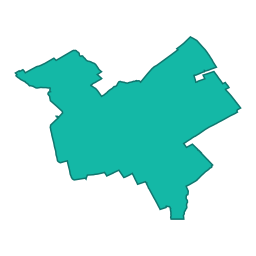 Avrameni, Botosani, Romania
{"feature_id": "2599482B7109590072975", "entity_name": "Avrameni", "entity_type": "district", "adm_level": 2, "iso_a3": "ROU", "parent_name": "Romania", "parent_adm1": "Botosani", "projection": "natural_earth1", "projection_center": [26.952, 48.014], "detail": "fine", "context": "isolated", "style": "filled", "palette": "teal", "viewbox_px": 256, "rotation_deg": 0, "n_neighbors": 0, "source": "geoboundaries", "source_scale": "gbopen_adm2", "svg_char_len": 5524}
<svg xmlns="http://www.w3.org/2000/svg" viewBox="0 0 256 256"><path d="M183.8,219.1L183.7,217.7L183.4,215.5L184.0,214.4L184.3,213.5L184.3,213.1L184.2,212.5L184.2,212.3L184.3,212.0L185.1,210.8L186.0,208.9L186.6,208.2L186.7,207.9L186.8,207.6L186.8,207.2L186.7,206.3L186.5,205.2L186.6,204.7L186.6,204.1L186.8,203.3L187.4,202.5L187.5,202.2L187.4,201.1L187.4,200.6L186.9,199.7L186.5,199.3L186.4,199.0L186.2,198.7L186.1,198.3L186.1,198.1L186.3,195.8L186.6,195.1L187.7,194.8L187.9,194.4L188.0,194.1L188.1,192.8L188.2,191.6L188.2,191.2L188.1,190.7L187.8,190.2L187.5,189.4L187.2,188.7L186.8,188.0L186.4,186.7L186.2,186.2L189.3,184.7L195.5,181.1L197.0,180.1L197.0,179.9L199.2,177.8L200.2,176.7L201.6,175.3L202.4,174.6L203.3,173.8L205.8,171.4L206.1,171.3L208.7,169.4L209.1,169.0L209.6,168.2L210.6,167.9L211.7,167.1L211.8,166.9L211.9,166.7L211.6,166.2L211.5,165.8L212.6,165.0L208.4,160.6L208.1,160.2L207.4,159.6L200.7,152.6L201.0,152.5L198.8,150.3L198.4,150.5L197.9,150.0L198.0,149.8L197.7,149.3L192.4,144.2L186.5,147.4L183.7,143.5L184.5,143.0L186.0,142.1L186.7,141.5L191.0,138.8L192.6,137.6L193.5,137.1L194.2,136.6L195.1,136.3L195.9,135.8L199.6,133.4L205.0,129.6L209.3,127.0L213.8,124.8L215.0,124.1L216.6,123.4L217.4,122.8L223.5,119.6L230.5,115.7L234.5,113.8L237.4,112.1L237.0,111.5L236.9,111.1L236.9,110.9L237.5,109.7L240.6,108.0L238.0,104.6L237.1,103.6L237.0,103.3L236.7,102.9L235.5,101.5L235.2,101.0L231.1,95.8L228.4,92.7L226.1,90.3L225.5,89.3L229.0,87.6L227.7,85.5L226.3,84.0L225.3,82.5L222.7,83.7L220.3,80.2L218.9,78.5L217.1,75.8L215.2,73.3L213.9,71.5L207.2,73.8L203.1,75.1L203.4,75.8L203.6,76.3L204.0,77.0L204.3,77.4L204.5,78.3L204.8,78.8L200.4,80.4L198.6,81.0L197.7,81.4L197.4,81.8L197.2,81.9L195.8,82.2L195.8,81.9L195.2,79.6L194.6,77.8L194.0,75.4L195.1,75.1L195.7,75.2L197.1,74.6L199.5,73.6L203.1,72.0L203.8,71.9L204.1,71.9L204.3,71.7L204.6,71.1L204.4,70.4L204.5,70.4L204.6,70.5L204.9,70.9L205.3,71.1L208.9,70.0L210.5,69.3L216.4,67.2L213.1,62.0L212.7,61.3L212.3,60.3L210.0,56.8L209.2,55.4L208.0,53.8L207.6,53.1L206.6,51.7L206.3,51.3L205.1,49.7L202.3,46.7L198.4,42.3L196.8,40.5L196.6,40.4L193.4,38.5L191.2,37.4L190.4,36.9L183.9,43.2L180.3,46.1L176.8,48.7L177.9,49.8L171.4,54.7L156.6,65.5L154.1,66.8L154.0,67.0L152.1,68.6L147.7,73.6L140.6,82.2L139.7,81.1L138.9,80.8L137.6,80.8L136.8,81.1L136.3,80.6L135.0,81.2L134.3,81.4L133.5,81.3L131.7,82.0L129.5,82.4L127.3,83.2L126.1,82.9L125.6,82.9L124.3,82.3L123.9,82.4L123.7,82.2L122.8,82.2L122.5,82.0L121.5,82.0L121.2,81.8L120.2,81.4L118.9,81.8L117.9,83.2L117.1,84.7L116.8,85.4L116.2,86.0L114.9,86.6L114.2,86.5L113.2,87.4L112.3,88.4L111.1,89.1L109.3,90.3L108.6,91.0L107.7,91.7L106.6,93.0L105.7,93.5L105.2,94.0L103.8,95.1L102.5,95.8L101.6,96.4L101.1,95.7L97.4,90.5L95.6,88.5L94.5,87.9L93.4,87.2L92.3,86.3L91.1,85.8L90.8,85.3L91.0,85.0L92.2,84.3L92.4,83.9L92.7,83.7L93.6,83.2L94.5,82.8L95.5,82.3L97.2,81.2L101.0,79.1L101.7,78.5L97.3,74.5L99.0,73.4L101.5,71.7L99.5,70.0L98.8,69.3L98.0,67.9L97.7,67.5L96.3,65.4L95.6,64.4L94.3,63.4L91.9,62.5L91.4,62.1L89.5,61.4L88.8,61.3L87.5,61.0L87.2,60.8L86.9,60.6L86.0,59.9L85.4,59.2L85.0,58.5L84.1,57.8L83.1,56.7L82.8,56.2L82.6,56.0L81.7,55.9L81.3,56.0L81.0,56.3L80.7,56.3L80.3,56.1L79.8,55.7L79.4,55.0L79.2,53.5L78.5,52.4L78.2,52.4L77.8,52.1L77.3,51.8L76.2,50.7L75.5,50.4L74.7,50.5L73.5,50.4L72.2,51.0L56.1,60.4L53.9,58.2L44.4,63.7L43.8,63.9L43.4,64.1L41.6,65.0L41.4,65.1L41.1,65.4L40.5,65.4L39.4,66.0L37.5,66.4L36.5,66.7L35.6,67.2L31.1,69.6L25.8,72.5L25.3,72.8L24.0,70.9L22.9,69.7L19.7,71.4L19.2,70.8L15.4,73.0L16.9,74.7L16.0,75.7L16.0,75.8L16.2,76.0L17.8,77.4L19.1,78.2L20.7,79.5L24.2,81.3L25.3,81.7L25.3,81.9L25.3,82.1L25.9,82.6L27.8,83.9L29.2,85.5L29.5,85.8L30.1,85.7L30.5,85.7L32.4,86.1L33.1,86.4L33.3,86.4L33.3,86.5L36.0,87.9L37.2,88.0L40.9,87.4L43.0,87.6L46.1,87.6L48.4,88.0L49.0,88.0L49.6,87.8L50.0,87.9L50.2,88.2L50.2,88.7L50.1,89.2L49.9,89.8L49.9,90.6L50.0,91.3L50.4,91.7L49.4,92.0L48.8,92.0L48.7,92.1L48.2,92.9L48.0,93.6L48.0,94.1L48.1,94.4L49.2,95.7L49.5,96.1L49.6,96.4L49.8,97.4L50.0,98.7L50.2,99.5L50.4,100.7L56.6,106.1L62.0,111.1L62.3,111.5L62.4,112.1L62.6,113.0L61.9,113.7L58.9,117.0L57.7,116.4L57.3,116.5L57.0,116.3L56.7,116.3L57.0,116.6L56.6,116.8L58.2,118.0L55.8,120.1L50.6,125.1L50.6,125.4L50.6,125.9L50.3,127.1L50.3,127.8L50.5,128.0L50.8,130.3L51.7,133.8L51.9,135.3L52.2,136.5L53.8,142.8L54.5,146.7L55.5,150.3L55.8,151.6L56.1,154.9L56.3,155.5L56.9,157.4L57.5,160.7L57.9,161.2L58.3,161.6L59.0,162.1L60.2,162.7L60.6,162.7L64.2,161.6L67.3,160.9L67.3,161.0L68.2,164.9L69.7,170.8L70.2,174.1L70.7,175.4L71.2,176.5L71.3,177.0L71.4,177.3L71.6,177.7L72.0,178.2L72.3,178.8L72.5,179.0L73.0,179.3L73.9,179.8L74.3,179.9L85.8,178.1L85.9,179.0L86.0,179.1L86.1,178.6L86.3,177.8L87.4,175.1L93.2,174.7L94.1,174.6L94.5,174.4L98.0,174.0L99.6,173.6L103.5,172.7L104.5,172.4L105.1,173.4L105.4,173.7L106.8,176.0L107.3,175.7L112.8,173.2L112.7,173.1L118.9,170.2L123.8,177.5L124.8,177.2L127.4,176.0L129.6,174.9L132.3,173.4L132.7,174.3L133.4,175.5L135.5,180.0L136.5,181.8L137.6,184.3L145.4,181.7L145.9,182.6L146.1,182.8L146.8,183.0L146.6,183.8L146.6,184.0L147.0,184.6L148.3,187.2L148.3,187.7L148.4,187.9L149.2,189.0L149.8,190.1L154.1,198.1L155.1,199.8L155.4,200.3L156.1,201.7L156.9,203.1L158.3,205.9L160.0,209.0L160.1,209.4L166.0,207.5L166.2,207.2L166.1,206.6L166.1,206.3L166.2,206.2L166.4,206.2L168.4,206.6L169.5,206.6L170.5,208.2L170.6,208.5L170.3,208.7L170.3,208.8L170.4,209.1L170.6,210.6L170.9,212.1L170.9,215.1L171.1,215.6L171.0,216.1L170.8,216.6L170.7,217.7L171.0,218.4L171.1,219.1L183.8,219.1Z" fill="#14b8a6" stroke="#0f766e" stroke-width="1.5"/></svg>